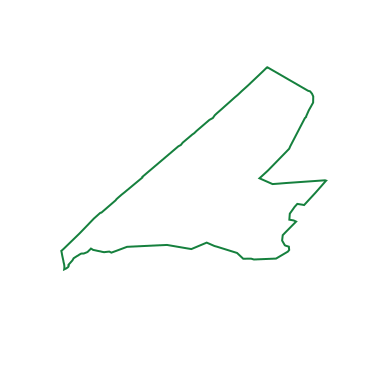 Vangaži, Incukalna, Latvia (Natural Earth projection), rotated 160°
{"feature_id": "27541924B71399173551608", "entity_name": "Vangaži", "entity_type": "district", "adm_level": 2, "iso_a3": "LVA", "parent_name": "Latvia", "parent_adm1": "Incukalna", "projection": "natural_earth1", "projection_center": [24.537, 57.092], "detail": "fine", "context": "isolated", "style": "outline", "palette": "green", "viewbox_px": 384, "rotation_deg": 160, "n_neighbors": 0, "source": "geoboundaries", "source_scale": "gbopen_adm2", "svg_char_len": 1962}
<svg xmlns="http://www.w3.org/2000/svg" viewBox="0 0 384 384"><g transform="rotate(160 192 192)"><path d="M62.1,156.8L63.0,157.5L101.0,168.4L108.3,170.4L113.6,171.9L123.9,181.8L113.3,186.2L85.9,199.4L84.1,201.3L60.7,222.8L59.1,223.5L59.0,223.9L54.3,228.8L51.5,231.2L47.6,234.6L45.4,240.3L45.6,243.3L46.6,246.2L48.3,247.4L63.4,265.4L78.4,283.3L79.1,283.0L79.3,283.3L82.8,281.7L95.2,276.3L103.3,272.8L111.0,269.7L113.7,268.5L115.8,267.6L119.4,266.3L121.4,265.5L125.6,263.8L128.4,262.7L132.2,261.2L134.9,260.1L138.5,258.7L141.6,257.5L144.2,256.4L144.4,256.3L147.1,254.4L151.0,253.8L166.7,247.9L169.8,246.5L172.1,245.9L183.8,241.6L186.4,240.0L189.2,239.6L233.5,223.2L233.6,222.6L253.5,215.5L255.4,214.8L259.3,213.5L263.7,211.8L265.6,211.0L266.6,210.3L284.2,203.6L285.1,203.8L285.5,203.7L293.3,200.6L304.7,195.0L311.9,191.5L332.0,182.5L335.0,181.3L335.0,180.7L335.7,176.6L336.3,172.2L336.4,171.2L336.6,170.5L336.7,169.6L336.9,167.8L337.3,166.0L337.8,164.6L338.1,163.9L338.6,163.0L337.6,163.1L336.9,163.1L336.0,163.3L334.8,163.6L334.0,163.9L333.5,164.3L333.2,164.7L333.0,165.0L333.2,165.4L333.0,165.8L329.3,167.8L327.8,168.6L325.9,170.2L325.7,170.2L325.5,170.3L322.1,171.1L320.2,171.4L319.7,171.6L317.5,172.0L316.7,171.9L316.4,171.8L314.8,171.2L311.3,171.3L310.6,171.4L309.3,172.0L308.9,172.2L307.5,172.8L306.3,173.4L305.7,172.7L304.8,171.5L303.9,170.9L303.7,170.8L302.9,170.3L300.4,168.7L298.2,167.4L297.2,166.7L295.2,165.5L293.8,165.2L290.1,164.3L288.5,162.6L283.0,162.6L271.8,162.7L240.6,153.0L239.7,152.7L233.6,150.8L215.7,140.6L212.1,138.6L195.5,139.4L189.3,133.5L187.3,132.1L170.5,119.3L166.7,111.8L159.2,109.1L156.9,107.4L135.8,100.7L122.3,103.2L120.5,104.3L119.7,107.5L122.3,109.5L123.0,110.2L123.8,114.8L123.9,115.6L121.8,119.8L121.5,120.4L116.8,122.7L104.3,128.6L106.2,130.5L110.0,132.7L107.5,138.2L100.7,142.9L97.1,144.8L96.4,144.4L93.7,142.9L93.1,142.6L91.1,141.4L76.2,149.1L62.5,156.6L62.1,156.8Z" fill="none" stroke="#15803d" stroke-width="2"/></g></svg>